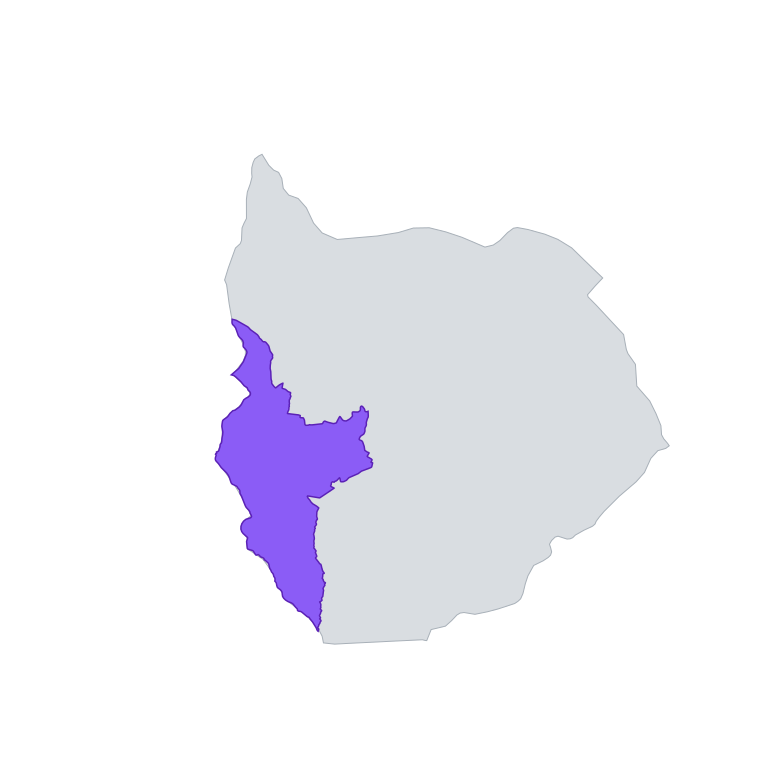 Matabeleland South highlighted on a map of Zimbabwe, rotated 44°
{"feature_id": "ZWE-530", "entity_name": "Matabeleland South", "entity_type": "Province", "adm_level": 1, "iso_a3": "ZWE", "parent_name": "Zimbabwe", "parent_adm1": "", "projection": "orthographic", "projection_center": [29.218, -20.916], "detail": "fine", "context": "in_parent", "style": "filled", "palette": "violet", "viewbox_px": 768, "rotation_deg": 44, "n_neighbors": 0, "source": "natural_earth", "source_scale": "10m", "svg_char_len": 8260}
<svg xmlns="http://www.w3.org/2000/svg" viewBox="0 0 768 768"><g transform="rotate(44 384 384)"><path d="M520.3,612.3L514.7,608.4L507.0,605.8L497.2,604.5L484.4,604.8L468.7,606.8L451.8,604.1L433.9,596.8L418.9,594.2L401.1,597.3L400.3,597.4L397.2,595.0L392.3,589.7L384.1,588.7L381.9,587.5L380.1,585.6L378.9,583.0L378.4,580.3L379.8,571.6L379.0,570.6L376.8,569.6L372.4,568.5L361.6,564.6L348.0,560.9L326.0,556.8L317.5,555.7L315.5,554.5L313.0,551.3L308.7,541.4L304.6,534.8L295.1,524.7L293.5,521.6L293.9,513.5L294.6,507.0L295.5,501.5L295.0,496.3L294.8,489.9L295.1,485.5L293.8,483.7L290.3,482.4L280.5,481.9L268.6,482.3L268.1,475.8L266.9,465.7L264.5,459.9L261.8,456.9L256.3,453.8L245.1,449.6L229.9,443.3L216.8,433.8L201.8,421.9L197.1,419.9L191.4,408.7L182.7,389.4L183.1,382.9L181.8,379.8L173.5,370.4L171.6,365.5L170.1,360.5L156.8,346.8L152.3,340.8L148.8,333.0L145.3,326.8L142.4,324.3L138.6,320.2L135.9,315.4L134.7,311.8L135.5,306.9L136.7,303.5L149.2,306.7L156.0,306.8L161.2,305.0L167.8,307.2L175.7,313.3L184.2,314.3L193.4,310.2L205.8,311.2L221.6,317.2L234.6,318.3L250.0,312.5L263.6,296.8L276.5,282.0L289.1,265.1L296.8,251.4L308.0,240.2L322.9,231.6L338.2,224.3L361.5,215.4L366.1,208.1L367.7,200.2L367.7,189.2L368.9,182.0L371.3,178.8L375.2,176.2L380.2,172.9L395.6,164.5L408.6,159.2L424.4,155.7L441.6,155.8L458.2,155.8L467.7,155.8L467.8,166.5L468.4,178.4L470.3,179.6L482.7,179.9L502.8,181.0L522.0,182.0L534.3,190.8L538.4,192.7L551.2,195.2L567.3,209.9L586.9,211.6L600.3,216.4L612.1,221.6L618.9,227.7L623.3,229.1L629.2,229.7L632.1,230.3L631.4,234.6L627.3,241.7L627.6,252.1L632.8,266.7L633.3,279.2L631.2,301.3L630.8,322.7L631.3,330.3L632.0,335.4L633.1,338.2L632.8,341.4L629.4,350.3L626.6,359.7L626.5,363.5L625.4,366.1L623.4,368.4L614.9,372.6L613.4,375.3L613.3,380.2L614.3,384.3L617.4,385.9L621.2,388.3L622.7,391.4L622.6,394.7L621.3,400.6L617.7,410.5L620.8,422.0L624.4,429.5L629.5,438.2L631.5,443.6L631.3,447.4L630.5,451.1L622.3,466.6L616.5,476.2L609.4,486.5L600.3,492.8L597.9,495.9L596.9,499.5L597.0,507.3L596.4,515.5L588.5,527.9L593.0,538.9L591.9,539.8L589.3,541.3L578.0,553.3L566.6,565.4L558.3,574.3L548.8,584.4L538.2,595.7L529.2,605.4L520.3,612.3Z" fill="#d9dde1" stroke="#a8b0b8" stroke-width="1"/><path d="M247.9,450.8L245.6,450.4L238.4,446.8L236.0,446.4L234.5,446.4L233.3,446.2L232.2,445.6L231.2,444.6L229.8,442.9L232.9,441.1L233.9,440.7L246.3,437.5L248.6,437.5L250.0,437.7L258.8,436.5L261.2,436.9L262.3,437.4L263.0,437.5L263.7,437.4L264.7,437.3L266.9,437.6L267.9,437.4L268.7,436.6L269.3,436.3L269.8,436.2L270.2,436.1L273.6,436.5L274.9,436.8L279.2,439.4L282.3,440.0L283.7,440.4L284.7,441.8L285.5,442.3L285.9,442.9L286.3,445.7L286.6,446.4L287.8,447.5L289.1,449.4L291.3,451.9L294.0,453.8L298.8,458.4L299.8,459.2L301.3,460.0L302.3,461.1L303.0,461.6L303.9,461.8L306.5,462.2L308.5,462.2L308.8,461.9L308.9,461.2L309.1,459.3L309.4,457.2L310.3,454.5L310.5,453.9L310.8,453.7L313.4,457.6L313.7,457.7L314.0,457.7L316.9,456.3L320.3,456.1L322.4,455.2L322.9,455.2L323.2,455.5L323.6,456.5L323.9,456.7L325.1,457.3L325.7,457.7L326.1,459.1L326.7,459.9L326.9,461.0L327.0,461.3L328.4,462.8L329.7,463.8L330.3,465.0L331.4,465.8L331.8,466.8L332.5,467.5L333.5,468.8L334.0,470.5L334.7,471.8L335.0,472.2L335.4,472.1L344.0,465.6L345.6,464.9L346.7,466.2L347.3,466.2L349.4,464.5L349.9,464.5L351.9,465.3L355.2,468.0L355.7,468.1L356.5,468.0L358.2,466.2L358.6,465.1L359.7,464.3L360.8,463.2L367.1,455.6L367.2,455.2L367.2,454.8L366.8,453.5L366.8,452.7L367.2,451.8L370.2,450.5L374.7,447.9L375.4,447.3L376.5,445.5L376.7,444.9L376.1,443.2L374.9,439.0L374.8,438.2L375.1,438.0L375.4,438.0L379.2,438.7L379.9,438.5L380.8,438.2L382.2,437.1L382.6,436.6L383.7,432.8L383.7,429.3L383.5,428.9L382.2,427.8L381.3,427.0L381.1,426.6L380.9,426.1L381.3,425.4L384.1,422.9L384.7,422.2L385.0,421.6L385.3,420.0L385.2,419.5L384.9,419.0L383.2,417.1L383.0,416.6L383.0,415.9L383.2,415.5L383.6,415.3L384.4,415.1L386.9,415.5L387.6,415.7L388.9,416.6L389.5,416.7L390.0,416.7L390.6,416.2L390.9,415.8L391.5,414.7L394.7,417.7L395.6,418.8L396.2,420.6L397.7,423.5L398.2,424.2L399.7,425.6L400.2,426.5L400.8,428.5L401.3,429.4L403.0,431.1L403.4,431.8L403.9,433.0L404.2,434.2L403.5,437.4L403.5,438.3L403.8,439.6L404.5,441.0L405.2,441.1L406.3,440.8L407.3,440.3L408.9,440.5L413.0,442.6L416.3,445.1L419.5,444.5L420.5,444.0L421.2,444.0L422.1,447.6L422.7,447.8L427.1,446.7L428.0,446.8L428.4,447.5L428.9,449.2L429.3,449.3L430.2,448.7L430.7,448.7L432.7,452.1L432.7,452.8L432.5,453.5L428.3,462.4L427.7,466.4L423.9,475.6L423.8,476.6L423.9,479.3L423.2,481.3L422.8,482.3L421.7,483.6L420.7,484.3L420.1,484.1L418.0,482.6L417.5,482.4L417.1,482.5L417.1,486.1L417.0,486.8L416.3,488.2L416.4,489.1L416.0,489.5L415.1,489.9L414.8,490.6L414.7,491.2L414.8,491.6L415.9,493.0L416.4,494.4L416.8,494.5L417.3,494.5L420.0,493.6L420.4,493.6L420.4,494.1L416.9,510.4L416.6,510.8L407.6,517.0L406.8,517.7L406.9,518.0L407.0,518.2L407.7,518.5L408.9,518.9L410.9,519.0L413.3,519.6L415.9,519.7L420.3,518.7L422.2,518.5L423.2,518.5L424.2,521.7L424.6,522.7L427.5,526.0L429.8,527.3L430.0,527.6L430.1,527.8L429.9,527.9L429.9,528.3L430.1,528.9L430.7,530.3L431.4,531.2L432.3,531.4L432.8,531.8L433.1,532.2L433.4,535.0L433.6,535.2L434.7,535.5L434.9,535.7L435.1,536.9L436.2,537.8L437.2,540.1L437.8,541.1L438.7,541.6L440.5,542.9L441.5,543.8L442.5,545.6L444.6,547.4L445.5,548.8L446.7,549.5L447.2,550.5L447.7,550.8L448.5,550.7L449.3,551.0L450.5,551.1L451.1,551.3L451.6,552.6L451.8,552.9L455.2,554.5L455.5,555.1L455.4,556.4L455.9,556.9L461.4,557.7L462.4,558.0L463.8,557.6L465.2,558.3L466.8,559.4L468.1,560.1L468.6,560.5L470.5,561.3L471.8,561.4L472.3,561.6L472.5,561.8L472.4,562.1L472.1,562.6L472.0,563.2L473.8,565.3L474.6,566.7L476.0,566.9L476.7,567.4L478.2,568.0L478.9,567.9L479.5,567.7L479.9,567.7L480.1,568.0L480.2,568.3L480.1,569.1L481.2,569.8L481.4,570.1L481.5,571.3L482.1,573.2L482.3,573.5L483.9,574.4L484.2,574.8L484.7,575.6L487.5,579.3L487.6,579.6L487.6,580.8L488.0,581.5L488.4,581.9L489.5,582.5L489.7,582.8L489.5,584.5L489.1,585.4L489.3,585.6L490.5,585.8L491.9,586.6L493.1,588.1L493.8,588.6L494.4,590.0L494.7,590.2L496.4,590.2L496.7,590.5L496.8,590.8L496.9,591.9L497.8,593.3L498.1,594.5L498.3,595.2L498.9,595.7L500.5,596.1L500.8,596.4L500.9,596.8L500.8,597.5L501.0,597.7L502.2,597.7L503.1,598.0L503.3,598.3L503.5,599.7L504.2,600.9L504.3,602.3L505.0,603.3L505.4,605.1L506.2,605.5L507.3,605.6L508.4,607.6L507.8,607.7L506.8,607.5L504.6,606.5L497.9,604.8L494.1,604.4L492.3,603.9L490.2,604.7L483.3,605.2L482.1,605.5L480.4,606.7L479.4,607.0L479.0,606.9L478.1,606.2L477.5,606.0L475.7,606.0L471.6,605.5L470.4,605.6L469.2,605.9L466.9,606.9L465.7,607.3L463.2,607.8L460.8,607.8L458.7,607.3L456.8,605.9L455.9,605.1L455.0,604.5L453.8,604.1L452.3,604.0L449.5,604.4L448.4,604.3L446.9,603.5L445.1,602.2L444.2,601.8L442.3,601.6L442.1,601.1L440.9,599.8L440.3,599.4L438.3,598.9L436.6,597.8L435.7,597.5L433.5,597.3L431.9,596.5L429.8,596.0L426.2,593.6L424.9,593.2L420.7,593.4L420.0,593.7L418.8,592.9L417.6,593.1L415.2,594.1L413.1,593.9L411.9,594.2L411.4,595.3L410.7,596.0L409.2,595.8L406.0,595.0L404.7,595.3L401.1,597.3L399.8,597.2L394.6,592.8L394.2,592.1L393.3,590.2L392.7,589.4L392.4,589.2L386.5,589.4L384.2,589.0L381.9,587.8L380.0,585.7L378.8,583.2L378.3,580.3L378.6,577.4L381.0,572.8L380.9,571.5L379.8,570.7L377.3,569.9L376.2,569.1L374.4,568.7L370.6,568.5L368.7,567.9L359.5,563.7L356.6,562.8L354.2,560.8L353.3,560.5L351.4,560.4L349.4,559.9L348.7,560.0L348.1,560.3L345.9,560.9L344.9,561.3L343.8,561.5L342.5,561.2L337.3,558.5L334.8,557.7L332.5,557.3L325.0,557.2L320.3,556.3L316.7,556.1L315.7,555.8L314.8,555.2L314.0,554.3L312.7,551.8L312.3,551.6L311.6,551.6L311.4,550.9L311.7,550.0L311.4,549.6L310.8,549.4L310.9,548.7L311.6,547.4L311.4,546.7L309.5,542.9L308.5,541.8L308.1,541.1L308.0,539.6L307.8,539.0L307.2,538.1L305.0,535.4L303.3,532.8L301.4,530.5L297.0,527.3L296.1,526.3L293.9,523.3L293.3,522.1L293.4,520.9L294.1,517.3L294.2,515.9L293.6,512.1L293.8,508.2L294.6,507.0L295.0,506.3L295.9,500.8L295.7,498.1L294.1,492.8L294.5,490.3L295.3,487.9L295.5,485.3L295.0,484.1L294.1,483.2L292.9,482.8L290.4,482.8L288.2,481.7L284.6,482.4L279.5,481.8L272.4,481.9L270.2,482.2L267.8,483.5L268.7,473.7L267.4,465.8L264.1,457.5L263.3,456.3L262.1,455.6L260.8,455.3L259.4,455.1L257.4,455.1L256.6,454.8L255.9,454.2L254.2,452.0L252.1,450.9L250.0,450.7L247.9,450.8Z" fill="#8b5cf6" stroke="#5b21b6" stroke-width="1.5"/></g></svg>